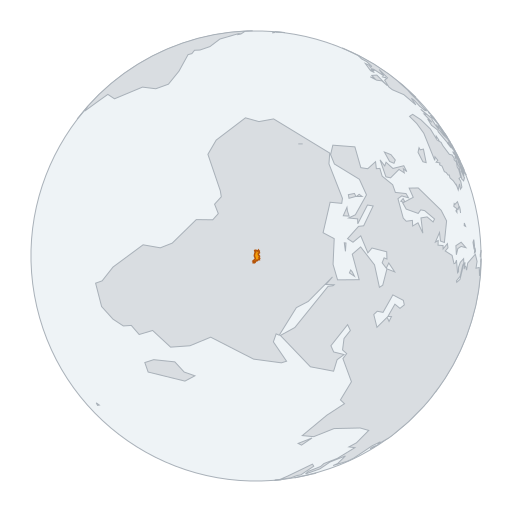 Sila on an orthographic globe, rotated 77°
{"feature_id": "TCD-5582", "entity_name": "Sila", "entity_type": "Prefecture", "adm_level": 1, "iso_a3": "TCD", "parent_name": "Chad", "parent_adm1": "", "projection": "orthographic", "projection_center": [21.327, 12.006], "detail": "fine", "context": "on_globe", "style": "filled", "palette": "amber", "viewbox_px": 512, "rotation_deg": 77, "n_neighbors": 0, "source": "natural_earth", "source_scale": "10m", "svg_char_len": 9424}
<svg xmlns="http://www.w3.org/2000/svg" viewBox="0 0 512 512"><g transform="rotate(77 256 256)"><circle cx="256" cy="256" r="225" fill="#eef3f6" stroke="#a8b0b8"/><path d="M184.0,42.5L178.8,44.4L183.4,43.0L188.1,41.4L191.7,40.4L192.2,40.5L185.6,42.5L184.5,42.8L182.8,43.5L179.3,44.6L181.3,44.1L173.3,47.1L181.8,44.4L176.0,47.0L170.5,49.0L170.3,48.4L160.1,52.1L184.0,42.5ZM137.3,64.5L130.9,68.9L125.0,72.9L117.6,78.5L121.1,76.1L128.2,71.0L132.9,68.6L141.0,63.4L144.1,61.9L152.8,57.3L152.2,58.7L147.0,62.8L139.8,66.9L137.3,69.1L144.8,66.2L132.0,75.7L124.7,85.7L121.3,88.5L113.6,91.1L112.0,87.8L102.0,94.0L109.2,91.0L100.6,99.2L99.5,101.3L100.4,101.9L103.9,99.4L101.2,102.7L93.0,106.2L95.4,103.1L98.0,101.8L97.1,100.7L91.6,104.3L87.7,108.8L83.4,111.5L80.6,115.0L78.0,118.0L82.9,112.0L74.1,123.2L72.6,125.2L83.5,111.1L95.5,97.9L108.5,85.7L122.5,74.5L137.3,64.5ZM34.6,214.2L35.8,208.6L34.5,216.0L36.2,220.5L35.4,223.0L36.5,242.4L41.6,253.8L42.7,264.3L41.7,269.6L44.4,273.0L44.5,276.9L58.6,289.5L68.9,302.7L70.5,316.0L65.9,328.6L71.0,358.5L65.2,364.0L70.0,375.6L76.3,390.4L72.0,385.8L79.7,396.0L82.2,399.4L72.2,386.3L63.2,372.6L55.2,358.2L48.3,343.3L42.5,327.9L37.8,312.1L34.3,296.0L32.0,279.8L30.8,263.3L30.9,246.9L32.2,230.5L34.6,214.2ZM152.5,57.0L150.9,57.9L152.5,57.0ZM156.1,55.0L154.1,55.7L155.5,54.9L156.7,54.4L156.1,55.0ZM158.3,54.3L158.3,53.4L160.8,52.1L167.6,49.4L158.3,54.3ZM189.4,40.9L184.4,42.6L188.1,41.2L189.4,40.9ZM209.9,35.5L206.4,36.3L201.3,37.5L205.4,36.5L191.0,40.3L192.4,39.9L209.9,35.5ZM193.4,39.9L194.0,39.6L200.7,37.8L200.7,38.1L198.6,38.6L193.4,39.9ZM197.3,39.0L200.6,38.5L197.9,39.5L193.3,40.2L197.3,39.0ZM202.5,37.2L205.6,36.5L203.9,37.0L202.5,37.2ZM190.1,43.6L190.6,42.8L194.2,41.7L190.1,43.6ZM202.0,38.2L202.9,37.9L204.3,37.5L205.9,37.4L202.0,38.2ZM214.2,34.7L213.9,34.8L218.3,33.9L219.9,33.8L213.0,35.1L216.6,34.5L217.1,34.5L210.9,35.6L214.2,34.7ZM211.8,36.3L203.6,38.5L201.7,40.0L198.5,40.9L202.1,38.4L211.8,36.3ZM211.8,35.7L211.1,36.2L207.5,36.8L205.8,36.9L211.8,35.7ZM223.5,33.4L222.8,33.2L224.4,33.0L223.5,33.4ZM212.0,36.5L214.0,36.0L212.3,36.5L212.0,36.5ZM220.7,34.0L220.3,33.9L222.1,33.7L220.7,34.0ZM218.3,35.3L215.7,35.9L214.4,35.9L218.3,35.3ZM220.0,34.6L222.5,34.3L215.5,35.5L219.5,34.5L220.0,34.6ZM222.5,33.8L223.4,33.6L222.4,33.9L222.5,33.8ZM224.7,35.3L216.2,36.9L213.4,36.7L222.0,35.1L224.7,35.3ZM428.7,111.3L428.8,111.5L423.4,105.3L429.4,112.5L433.3,117.1L432.4,115.9L436.8,121.6L439.0,124.7L440.1,126.1L451.8,144.6L461.7,164.1L463.0,167.2L465.7,176.0L467.2,180.1L465.0,176.6L467.1,185.7L475.0,206.4L476.5,213.1L477.5,228.0L476.6,223.1L470.9,213.8L473.4,230.3L477.8,241.6L479.5,256.8L477.6,253.5L475.6,240.3L473.5,236.5L471.5,222.3L465.0,202.8L462.9,208.4L460.6,200.1L451.3,185.4L447.0,193.2L441.7,218.8L445.0,240.4L441.4,251.3L427.1,222.9L419.8,203.0L415.2,206.1L400.0,191.3L375.5,194.4L371.5,189.6L367.0,192.8L356.2,188.8L349.8,180.8L343.5,182.2L360.3,203.2L367.0,201.9L371.8,192.4L375.3,200.3L385.7,206.3L376.2,227.9L338.9,250.1L334.4,234.2L301.8,192.6L302.3,187.7L302.1,187.1L301.6,186.2L299.5,194.3L293.6,186.2L312.0,215.3L315.4,228.3L338.4,251.2L336.4,253.9L343.6,258.4L365.4,249.9L365.8,255.3L355.9,281.6L324.9,318.4L328.6,340.6L325.6,359.7L305.3,373.5L306.2,387.5L295.6,393.1L294.3,401.0L285.3,409.6L270.5,417.8L246.4,418.4L245.6,411.5L234.6,397.8L219.7,363.5L226.5,347.4L224.6,334.7L207.1,306.0L211.0,290.0L206.2,283.2L196.2,284.7L190.5,276.5L184.4,276.1L146.1,280.0L134.1,268.7L119.0,235.2L125.7,222.9L126.4,208.0L172.3,161.0L182.6,164.2L219.3,158.8L224.0,160.6L220.3,171.7L248.4,185.4L256.7,175.9L281.5,182.8L297.6,181.9L302.3,160.8L275.9,161.8L270.7,152.0L291.3,142.5L314.3,142.8L313.0,139.1L298.0,131.3L302.7,124.4L292.7,128.2L297.2,131.8L291.0,134.6L286.6,131.6L288.4,129.1L281.3,127.7L274.3,141.2L278.1,146.3L259.9,149.4L264.4,158.4L259.7,162.9L250.2,149.4L250.8,144.3L233.6,130.6L231.4,135.9L247.5,149.6L242.7,148.6L239.8,157.2L238.2,149.9L221.3,134.6L204.5,138.0L184.0,158.9L174.0,160.5L165.3,156.2L171.9,135.1L193.5,134.0L196.1,127.5L191.0,118.3L198.0,119.1L198.5,115.6L206.6,115.1L217.3,106.8L225.4,105.9L228.9,95.8L233.6,94.3L230.2,100.5L232.1,104.8L252.2,104.0L255.9,101.8L256.5,95.6L262.0,96.6L260.1,90.7L271.3,88.3L256.0,86.7L256.4,80.5L262.7,75.8L260.1,73.7L249.7,81.5L248.1,85.1L251.0,88.4L244.1,99.1L237.3,101.1L234.2,89.6L224.3,91.5L226.2,82.6L253.1,65.3L264.7,62.4L285.2,69.4L282.9,72.9L274.4,71.9L282.8,78.1L281.9,75.0L286.4,76.2L287.9,71.4L291.2,72.1L287.0,66.7L291.2,67.1L293.7,70.5L299.5,64.8L308.0,64.8L307.8,63.3L305.1,61.6L317.7,63.4L316.9,62.3L312.5,61.2L308.1,58.3L305.3,54.3L309.8,55.1L311.4,56.6L321.6,61.6L325.3,66.3L326.8,66.3L324.7,62.5L312.3,56.3L309.3,53.7L315.6,56.1L313.1,55.0L313.1,54.0L317.2,54.0L310.5,51.3L303.6,41.9L311.0,41.8L317.4,44.4L317.4,41.1L325.7,42.7L321.6,41.4L318.8,39.9L316.2,39.3L314.0,38.7L309.2,37.1L324.5,41.4L339.4,46.7L354.0,53.1L368.0,60.6L381.5,68.9L394.4,78.3L406.6,88.5L418.0,99.5L428.7,111.3ZM157.3,185.3L156.3,189.6L157.3,185.3ZM339.5,154.4L352.7,154.2L345.2,142.0L349.7,141.1L345.5,137.6L344.6,141.1L334.2,131.5L339.4,127.5L337.0,122.5L332.4,122.4L324.7,131.4L339.5,144.9L337.1,150.3L339.5,154.4ZM36.3,220.5L36.2,223.5L35.7,222.8L36.3,220.5ZM42.5,187.2L42.3,189.5L41.8,189.3L42.5,187.2ZM44.8,177.6L42.5,185.9L41.5,187.3L42.1,185.2L43.0,182.5L44.5,178.4L44.8,177.6ZM101.1,99.0L101.7,98.8L101.8,100.1L100.2,100.9L101.1,99.0ZM111.8,98.9L107.1,104.4L109.3,100.7L106.1,102.5L106.9,97.6L119.6,89.7L113.7,93.9L111.8,98.9ZM111.5,89.7L109.6,93.1L111.2,89.7L111.5,89.7ZM193.8,98.7L196.7,100.7L193.9,104.6L183.6,107.5L187.6,101.7L193.8,98.7ZM201.5,102.9L201.3,91.7L207.7,90.1L204.2,92.8L208.4,92.8L203.8,97.2L210.1,107.3L208.1,111.6L190.2,113.5L197.2,110.3L193.9,108.2L201.5,102.9ZM189.5,72.1L189.5,68.8L203.3,69.2L201.7,72.2L191.4,74.8L187.2,72.8L189.5,72.1ZM170.1,50.5L169.3,50.4L171.1,49.6L173.3,49.1L170.1,50.5ZM190.0,43.3L176.0,50.5L174.2,50.6L168.1,55.6L161.1,57.9L165.3,54.5L155.4,60.4L156.3,58.3L150.1,62.5L160.2,54.7L160.7,53.5L162.8,53.8L169.2,51.5L172.1,50.2L180.8,45.9L185.0,43.0L192.1,40.9L195.9,40.2L196.0,40.5L191.4,41.7L194.7,41.4L188.2,43.3L190.0,43.3ZM236.9,41.8L231.5,41.5L237.2,44.1L230.6,44.9L231.7,45.1L227.2,46.8L223.5,49.4L220.5,49.5L220.4,50.6L217.4,51.9L216.2,53.5L210.3,54.5L208.4,56.6L206.7,55.9L205.1,59.4L203.6,57.3L199.6,59.3L203.1,60.3L174.1,64.9L163.0,69.6L154.5,75.0L153.2,71.5L160.3,64.7L171.5,57.5L182.4,53.9L179.8,53.4L184.3,51.7L184.4,52.8L186.9,50.1L190.6,49.1L200.5,44.7L201.7,42.2L205.4,40.8L206.8,41.3L209.5,39.6L214.6,39.9L217.3,39.0L225.1,38.7L226.2,40.8L229.2,39.7L235.2,39.9L236.9,41.8ZM226.7,35.3L229.5,36.8L227.3,38.2L214.7,38.2L211.5,39.0L203.3,39.7L206.7,37.9L208.8,37.7L211.5,37.3L209.3,38.0L213.1,37.1L216.0,37.0L219.8,36.3L219.7,36.9L226.7,35.3ZM229.0,156.4L232.6,156.8L238.1,156.3L236.4,161.9L229.0,156.4ZM217.2,146.0L220.4,145.3L220.7,152.4L217.0,152.2L217.2,146.0ZM221.9,139.2L220.6,144.7L219.1,141.6L221.9,139.2ZM233.1,99.7L236.4,98.9L236.9,100.3L235.2,102.6L233.1,99.7ZM252.2,52.1L249.5,51.1L250.5,50.6L248.4,47.5L253.1,47.0L256.2,48.7L252.2,52.1ZM297.9,164.6L293.5,168.8L290.9,166.9L293.0,165.8L297.9,164.6ZM263.6,165.4L271.6,167.8L263.0,167.0L263.6,165.4ZM257.0,51.1L255.6,49.8L258.8,50.4L257.0,51.1ZM256.4,46.6L260.1,47.0L253.4,46.6L256.4,46.6ZM366.0,442.2L365.9,444.0L363.1,444.7L366.0,442.2ZM361.9,353.4L344.8,387.2L334.8,388.3L334.0,379.0L340.9,358.9L352.9,352.1L359.0,342.5L361.9,353.4ZM479.1,287.6L478.9,288.2L478.5,287.1L479.1,282.9L479.8,281.6L479.1,287.6ZM479.1,282.9L477.6,274.8L471.5,247.8L473.8,247.0L479.4,261.7L479.1,265.2L480.0,272.0L479.1,282.9ZM480.9,268.3L480.9,268.2L481.1,256.3L481.0,249.6L481.2,249.0L481.1,246.2L480.9,268.3ZM445.9,242.3L450.5,254.2L448.1,257.1L445.9,242.3ZM469.4,186.2L469.4,188.1L468.3,185.0L467.6,180.8L469.4,186.2ZM295.1,49.6L292.8,54.0L294.2,57.7L299.9,60.5L290.9,58.9L288.7,53.0L295.1,49.6ZM302.1,42.5L297.1,40.8L299.9,40.9L301.4,41.3L302.1,42.5ZM298.7,42.0L291.5,41.5L289.0,40.1L295.2,40.8L298.7,42.0ZM274.3,45.1L273.3,46.3L270.7,45.6L274.3,45.1ZM312.6,38.5L309.8,37.7L311.0,37.8L312.6,38.5ZM302.7,35.8L303.3,36.1L300.8,35.4L302.7,35.8ZM305.1,37.2L302.7,36.1L307.7,37.7L305.1,37.2Z" fill="#d9dde1" stroke="#a8b0b8" stroke-width="1"/><path d="M260.7,260.0L260.6,259.9L260.5,260.0L260.4,260.0L260.4,259.9L260.3,260.0L260.2,260.1L258.9,257.6L258.2,257.3L258.0,257.2L257.9,257.2L255.7,257.6L254.9,257.4L252.9,256.4L251.9,255.8L251.9,255.7L250.7,255.7L250.7,255.8L250.7,256.1L250.4,256.1L250.3,255.8L250.2,255.7L250.2,255.4L250.5,254.7L250.6,254.4L250.8,254.1L251.0,254.0L251.0,253.8L251.2,253.7L251.3,253.7L251.2,253.6L251.1,253.4L251.4,253.0L251.5,253.0L251.6,252.9L251.6,252.7L251.4,252.6L250.9,252.2L251.9,251.9L252.0,251.7L252.5,251.9L252.9,251.9L253.5,251.9L253.5,252.4L253.8,252.5L254.1,252.6L254.2,252.8L254.2,253.2L254.7,253.4L255.1,253.3L255.5,253.3L255.9,253.3L256.2,252.9L256.6,252.7L256.9,252.6L257.4,252.8L257.9,252.9L258.0,253.1L258.1,253.4L258.3,253.5L258.5,253.5L258.8,253.5L259.0,253.5L259.1,253.4L259.3,253.3L259.4,253.1L259.8,253.4L260.2,253.6L260.3,253.6L260.1,254.1L260.2,254.4L260.4,255.3L260.5,255.4L260.4,255.5L260.3,255.9L260.7,255.8L260.8,255.7L260.9,255.8L260.9,255.7L260.9,255.8L260.9,256.1L260.7,257.3L260.7,257.5L260.8,257.6L260.9,257.8L261.0,257.9L261.1,258.0L261.5,258.1L261.6,258.4L262.0,258.3L262.2,258.7L262.3,258.9L262.3,259.0L262.2,259.3L262.2,259.5L261.9,260.3L261.7,260.2L261.4,260.1L261.2,260.0L260.9,260.0L260.7,260.0Z" fill="#f59e0b" stroke="#b45309" stroke-width="1.5"/></g></svg>